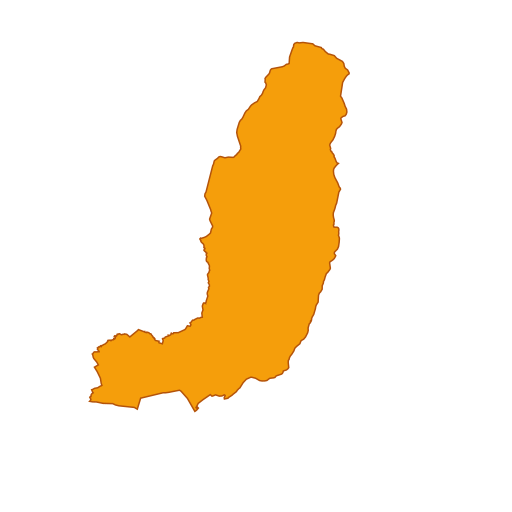 outline of Bughea De Sus, Arges, Romania, rotated 32°
{"feature_id": "2599482B4060307411648", "entity_name": "Bughea De Sus", "entity_type": "district", "adm_level": 2, "iso_a3": "ROU", "parent_name": "Romania", "parent_adm1": "Arges", "projection": "natural_earth1", "projection_center": [25.027, 45.334], "detail": "fine", "context": "isolated", "style": "filled", "palette": "amber", "viewbox_px": 512, "rotation_deg": 32, "n_neighbors": 0, "source": "geoboundaries", "source_scale": "gbopen_adm2", "svg_char_len": 6114}
<svg xmlns="http://www.w3.org/2000/svg" viewBox="0 0 512 512"><g transform="rotate(32 256 256)"><path d="M236.5,448.8L233.5,437.7L249.7,421.2L251.8,419.9L254.2,417.9L262.2,410.4L263.6,410.3L265.2,410.7L273.3,413.1L286.5,420.2L287.3,418.3L287.7,415.5L286.6,415.2L286.5,416.4L285.5,416.4L285.1,411.6L287.1,406.1L290.7,397.8L292.8,398.2L293.4,397.8L295.3,395.2L299.1,394.3L301.2,392.8L302.0,391.7L302.6,390.6L303.2,390.5L303.9,390.8L304.1,393.0L305.0,394.0L307.6,391.5L307.7,390.5L309.4,386.9L309.9,385.1L311.3,381.3L311.2,380.1L311.7,377.6L312.2,376.4L312.2,370.3L313.1,365.6L315.7,361.7L316.6,361.1L320.4,359.9L325.1,359.7L327.3,358.8L329.6,357.3L331.2,355.8L332.1,353.3L332.6,352.3L335.5,350.0L336.4,349.0L336.7,346.9L340.1,342.8L340.6,341.7L340.5,340.3L340.1,339.0L342.2,336.5L342.8,334.8L342.9,333.3L339.8,329.3L338.8,327.5L338.8,326.0L338.3,324.7L338.1,322.7L338.4,320.4L338.4,316.4L337.8,313.7L338.3,311.3L339.7,307.1L339.1,304.3L339.6,302.9L340.5,301.3L340.9,298.4L340.5,293.8L339.7,291.4L338.3,289.4L337.1,285.3L337.4,284.2L337.3,282.3L336.7,282.3L336.7,281.8L337.1,281.5L337.0,280.7L336.4,279.9L336.0,278.1L335.9,274.9L334.3,269.2L333.5,267.4L333.1,265.7L333.1,262.2L329.8,256.1L329.4,253.9L329.8,252.1L329.7,249.1L327.9,246.1L327.5,243.4L326.7,241.7L326.6,239.9L325.8,237.4L325.0,233.7L325.5,231.8L325.8,228.1L325.5,226.9L322.1,222.9L321.8,221.9L323.2,218.7L323.7,216.8L323.6,214.3L323.4,213.4L321.3,212.6L320.8,211.9L320.5,211.0L321.4,207.1L321.0,204.3L319.3,200.4L317.6,197.2L317.0,196.4L314.9,194.7L314.5,193.4L313.1,191.4L312.5,190.0L311.7,189.0L310.8,188.5L309.5,188.6L307.6,189.8L306.6,190.1L305.2,188.7L305.3,187.8L304.1,186.0L304.0,185.2L303.5,184.3L301.3,182.2L299.8,180.4L298.7,178.4L297.8,174.1L296.7,170.7L296.4,168.5L292.4,157.9L292.3,154.6L291.5,153.8L290.3,153.5L289.2,152.8L286.7,150.8L281.3,147.7L278.7,145.6L276.7,143.0L275.9,141.3L275.7,140.0L276.1,136.5L276.8,133.8L275.4,134.1L273.8,133.3L271.1,131.2L269.6,130.5L269.2,129.6L267.9,128.7L265.9,128.1L264.8,127.3L264.3,127.5L263.7,127.2L262.6,126.3L262.3,125.2L259.7,122.9L259.4,121.8L259.3,120.2L259.7,116.8L259.3,112.9L258.5,109.8L257.6,107.8L257.1,106.0L257.5,104.1L258.3,102.1L258.5,98.8L258.2,97.2L255.1,94.6L255.0,93.7L255.7,91.7L257.3,89.8L257.4,87.9L256.8,85.8L255.0,83.5L252.2,81.8L250.0,79.9L245.1,76.5L243.0,75.7L237.5,62.9L237.2,58.8L237.3,55.9L237.6,54.1L238.4,52.2L238.0,51.4L235.1,49.7L232.2,49.5L230.4,48.4L228.4,46.2L226.2,45.2L219.6,45.6L216.3,44.6L215.7,44.7L211.6,45.8L210.4,46.4L206.4,45.9L203.5,44.9L202.6,45.2L201.6,45.1L201.0,44.6L194.5,46.5L191.7,46.0L182.7,50.0L179.7,52.4L177.7,53.1L176.1,55.2L176.0,56.7L177.1,59.2L176.9,59.8L177.4,62.3L179.0,69.4L182.1,75.2L181.2,76.5L180.2,77.3L179.3,79.8L178.1,81.5L170.1,88.9L169.8,89.7L169.7,90.8L170.5,93.7L170.5,94.9L169.6,99.2L169.6,100.7L170.3,101.5L171.5,103.8L172.4,104.0L174.1,105.4L175.0,108.4L174.7,110.7L174.9,112.8L175.3,114.2L175.4,116.7L174.8,118.8L175.1,120.8L175.2,124.3L173.6,126.9L172.2,130.2L171.9,131.9L171.8,135.7L170.9,138.0L170.8,140.6L171.4,145.3L171.4,147.5L170.9,149.2L171.0,151.5L172.9,158.6L174.2,161.5L176.8,164.3L184.8,170.9L185.5,172.2L186.4,173.3L186.4,177.2L185.8,179.0L185.9,180.3L185.3,181.6L184.9,183.7L184.5,184.4L180.1,186.8L177.6,189.2L174.5,190.0L172.9,190.6L172.0,191.7L171.6,193.6L170.2,197.0L170.5,198.3L171.3,200.6L171.5,202.5L179.7,228.2L179.8,230.3L180.8,232.5L184.8,234.8L193.0,240.7L194.0,241.7L195.2,242.6L195.7,243.2L197.1,249.3L198.3,250.4L203.3,253.5L203.9,254.6L203.9,256.8L205.2,260.6L204.8,262.3L203.5,265.8L202.4,267.5L200.1,270.2L199.6,270.1L199.3,271.1L199.7,271.6L201.3,272.3L201.4,272.7L202.5,273.3L204.6,273.6L205.8,274.2L206.8,275.2L207.1,276.2L208.6,276.5L208.8,276.8L208.9,277.2L208.5,277.6L208.9,278.8L210.3,279.2L210.9,279.0L211.7,279.6L212.6,279.5L213.0,280.0L212.8,280.6L213.2,281.4L213.7,282.0L214.7,282.4L215.0,283.7L214.9,283.9L216.0,285.9L217.0,286.8L218.7,286.9L219.2,287.4L221.4,288.7L222.1,289.6L222.9,291.3L224.3,292.6L224.4,292.9L224.3,293.4L224.8,294.9L224.6,297.2L224.9,297.8L227.3,300.2L227.8,301.2L229.6,302.5L229.7,304.0L231.7,305.1L232.6,306.5L232.3,307.6L232.6,308.2L233.4,308.7L234.0,312.6L234.7,314.0L236.4,315.5L237.7,320.8L238.1,321.3L238.1,322.8L238.3,323.0L236.7,323.3L236.5,323.8L236.4,324.2L237.0,326.9L239.6,329.8L240.3,333.1L242.9,336.4L241.7,337.4L241.1,338.6L239.4,339.5L237.5,342.6L237.3,343.4L236.2,344.0L235.9,347.6L235.6,347.8L237.3,348.8L237.4,350.5L234.8,351.5L234.9,354.9L234.7,356.1L230.7,362.2L226.9,364.7L227.0,365.7L226.4,366.2L225.0,366.3L225.0,366.7L225.4,367.3L225.4,368.0L224.9,369.0L223.6,369.6L224.2,370.1L222.0,372.8L222.0,374.1L220.6,375.4L220.5,375.7L222.2,377.0L223.1,380.1L219.8,381.0L218.8,380.2L218.9,379.7L215.5,380.9L214.2,380.4L214.1,379.8L212.9,379.4L212.7,379.7L211.3,379.2L211.2,378.9L209.4,378.4L208.5,377.8L207.8,377.8L207.1,378.2L205.8,377.8L203.8,378.4L203.9,378.9L202.2,379.5L201.9,379.4L201.6,379.0L200.9,379.6L195.3,380.7L195.0,382.2L191.9,391.5L187.9,390.9L185.7,391.8L185.7,392.3L184.6,392.9L184.0,393.8L183.3,394.2L181.5,394.2L181.0,394.9L180.4,395.1L180.4,395.7L180.2,395.9L179.8,396.0L180.0,396.9L179.8,397.2L180.0,397.6L179.6,397.9L179.8,398.5L179.6,398.7L179.2,398.3L178.6,398.4L178.4,398.7L178.4,399.1L178.9,398.9L179.1,399.2L179.3,399.1L179.7,399.4L180.2,400.3L180.2,400.6L179.0,401.3L179.4,401.8L179.8,401.8L179.5,402.5L178.3,403.5L177.9,404.7L177.2,404.5L175.2,405.9L175.2,406.3L175.5,406.3L175.4,407.8L174.8,410.3L173.6,412.1L172.9,413.6L172.3,414.0L172.7,414.7L171.7,414.8L171.8,415.3L171.5,416.1L170.9,416.2L170.6,417.0L170.7,417.4L170.2,417.9L170.9,418.6L170.9,419.1L173.6,420.1L173.7,420.4L172.8,420.8L172.1,421.5L169.7,423.0L169.4,424.0L169.5,425.1L169.1,425.9L170.0,426.4L171.7,428.2L172.8,428.9L177.3,430.4L180.0,431.9L177.9,435.9L182.6,438.2L188.8,442.1L192.2,446.0L193.9,447.4L192.5,449.6L191.6,451.6L189.2,453.8L188.4,455.4L187.5,456.5L189.6,458.0L190.4,458.3L189.8,459.8L189.7,460.8L190.5,462.6L190.0,462.9L189.9,463.9L191.9,465.0L192.1,466.3L191.9,467.4L194.7,466.3L197.9,464.4L204.4,462.0L212.8,457.1L215.7,456.8L219.1,455.7L233.0,448.9L236.5,448.8Z" fill="#f59e0b" stroke="#b45309" stroke-width="1.5"/></g></svg>